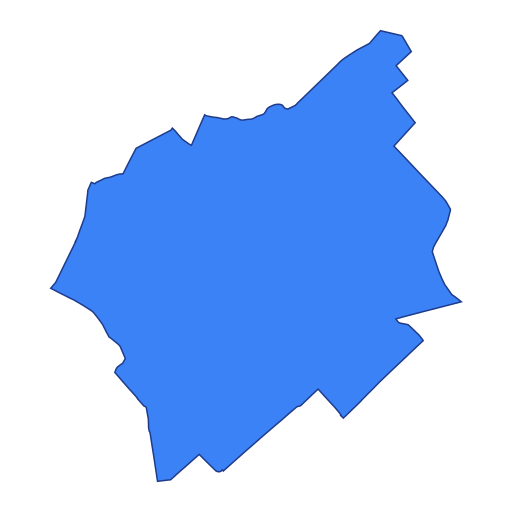 Botiz, Satu Mare, Romania
{"feature_id": "2599482B62414452256024", "entity_name": "Botiz", "entity_type": "district", "adm_level": 2, "iso_a3": "ROU", "parent_name": "Romania", "parent_adm1": "Satu Mare", "projection": "orthographic", "projection_center": [22.945, 47.838], "detail": "fine", "context": "isolated", "style": "filled", "palette": "blue", "viewbox_px": 512, "rotation_deg": 0, "n_neighbors": 0, "source": "geoboundaries", "source_scale": "gbopen_adm2", "svg_char_len": 4051}
<svg xmlns="http://www.w3.org/2000/svg" viewBox="0 0 512 512"><path d="M380.5,30.7L378.8,32.6L377.1,34.5L372.4,40.0L369.5,43.4L362.5,47.1L358.5,49.2L356.7,50.2L348.6,55.4L344.9,57.9L342.7,59.5L340.2,61.6L336.8,65.1L330.8,70.9L324.4,77.1L320.2,81.2L315.4,85.8L309.1,91.9L302.6,98.2L300.2,100.5L297.8,102.8L297.4,103.1L297.3,103.5L295.1,105.5L291.4,107.3L287.6,109.1L287.3,109.0L284.7,108.2L282.6,105.5L282.3,105.2L280.7,104.5L279.4,104.3L277.2,104.3L276.1,104.4L274.1,104.9L272.8,105.4L271.5,106.0L269.0,107.2L267.1,108.8L265.2,112.2L264.4,113.4L263.1,114.3L261.3,115.0L258.4,115.9L256.6,116.5L255.7,117.2L253.9,118.2L251.5,119.1L248.8,119.3L246.4,119.5L245.4,119.7L245.0,119.8L243.7,120.0L241.4,120.1L240.2,119.7L238.7,119.1L237.7,118.4L235.6,117.7L233.2,116.9L231.9,116.8L231.2,116.9L228.4,118.4L227.7,118.7L226.2,118.9L224.2,119.0L222.5,118.7L219.2,118.0L216.9,117.5L214.6,117.3L212.3,117.0L209.3,116.4L206.3,115.8L204.7,114.8L203.0,118.6L199.5,126.6L195.8,135.2L192.7,142.3L191.5,145.2L189.9,144.6L186.9,142.5L184.8,141.0L182.2,139.1L181.2,137.9L177.4,133.6L175.7,131.5L173.1,128.8L172.3,128.1L171.0,130.1L152.1,139.9L136.1,148.3L130.7,158.6L123.0,173.8L120.2,174.0L118.3,174.3L116.3,174.9L114.4,175.6L111.9,176.6L109.8,177.3L107.6,177.7L104.5,178.4L104.2,178.6L103.8,178.7L102.3,179.5L101.6,179.9L100.9,180.2L99.4,180.9L98.0,181.6L96.2,182.4L95.8,182.9L95.3,183.5L94.8,183.7L91.7,182.5L91.3,182.4L90.3,184.5L89.1,187.4L88.5,188.7L88.0,189.8L87.8,190.8L87.7,192.2L87.5,194.4L87.2,196.9L86.7,200.8L86.3,204.6L85.8,208.4L85.5,211.3L85.2,213.9L84.9,216.3L84.3,218.1L83.6,220.0L82.4,223.4L81.1,226.9L79.8,230.4L78.1,235.3L77.4,237.2L76.7,238.9L75.3,241.6L75.7,241.8L75.4,242.2L75.1,242.7L72.1,248.9L70.8,251.5L66.5,260.3L63.7,266.0L58.3,277.1L55.6,282.5L50.7,288.3L60.8,293.5L70.7,298.5L73.4,299.7L83.3,305.5L87.2,308.0L91.4,310.7L93.3,312.3L95.6,315.1L97.5,317.5L102.4,324.2L104.1,327.5L106.5,332.3L108.5,335.9L108.8,336.7L110.1,337.7L111.5,338.7L118.4,344.4L120.1,346.3L122.7,352.4L125.3,358.5L122.7,363.2L120.0,365.1L118.3,366.3L116.9,367.7L116.1,369.1L115.0,371.9L114.8,372.4L120.6,379.1L123.0,381.9L129.6,389.4L133.6,393.8L137.4,398.1L137.3,398.5L143.9,406.0L146.2,407.1L148.3,418.9L148.5,424.1L148.5,425.9L148.6,427.8L148.9,429.4L149.2,431.1L149.7,431.9L150.1,432.9L150.3,434.4L150.7,437.0L152.8,450.4L154.1,458.5L155.2,466.1L156.4,473.7L156.9,477.4L157.5,481.0L157.5,481.3L167.6,480.1L170.6,479.8L176.1,474.8L177.8,473.3L180.7,470.7L186.9,465.3L199.2,454.4L201.5,456.7L203.5,458.7L206.9,462.1L214.9,469.9L215.9,470.9L216.9,471.4L218.0,471.7L219.0,471.8L220.0,471.6L221.0,471.2L221.7,470.5L222.2,470.0L222.4,469.9L222.6,470.0L222.9,470.2L222.9,470.3L222.9,470.5L223.1,470.7L223.3,471.0L229.1,465.8L234.9,460.6L244.4,452.2L253.9,443.9L259.8,438.7L265.8,433.5L273.7,426.7L281.6,420.0L285.6,416.5L289.6,413.0L293.0,410.1L296.4,407.2L297.6,406.5L299.5,406.1L300.8,405.6L301.9,404.5L305.2,401.3L308.6,398.1L312.1,394.7L316.9,390.2L318.1,389.1L323.2,394.7L331.4,403.7L334.7,407.2L340.0,413.6L340.8,414.8L341.0,415.3L340.7,415.5L343.3,418.1L353.1,408.7L359.6,402.4L361.3,400.7L361.5,400.3L367.6,394.1L373.7,388.0L379.0,382.5L387.9,374.0L397.8,364.6L402.9,359.8L408.9,354.1L418.4,345.1L423.2,340.6L421.7,338.4L421.3,337.9L420.9,337.4L419.8,336.0L418.7,334.7L416.9,333.0L411.5,327.8L408.7,325.2L408.2,324.8L406.9,324.4L400.5,323.2L399.4,322.8L398.3,322.2L397.4,321.0L396.3,319.5L395.9,318.9L405.3,316.3L421.7,312.0L432.2,309.3L442.7,306.6L461.3,301.8L459.1,300.0L456.3,297.8L451.6,294.4L449.9,291.9L446.6,287.2L444.8,284.7L442.0,278.9L439.0,271.9L436.5,264.5L433.4,255.2L432.8,253.3L432.5,252.5L432.3,251.7L432.6,250.6L433.1,248.6L433.4,247.5L434.4,245.5L435.4,243.5L437.8,239.4L440.4,234.9L445.7,225.7L447.2,221.7L447.8,220.4L449.8,212.6L450.3,210.8L450.4,209.1L450.2,208.8L445.8,201.1L442.4,197.1L418.3,171.9L407.7,160.6L393.9,146.1L415.2,122.7L414.1,121.4L412.4,119.2L408.8,114.6L402.7,106.8L399.3,102.3L397.6,99.9L392.0,92.8L407.8,80.4L396.1,65.7L411.3,51.6L402.4,36.4L401.6,35.6L380.5,30.7Z" fill="#3b82f6" stroke="#1e3a8a" stroke-width="1.5"/></svg>